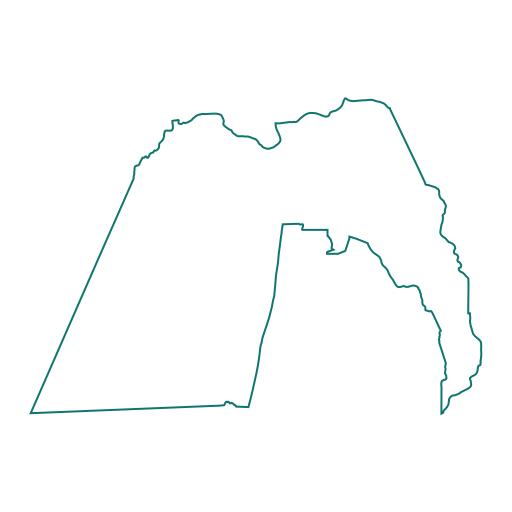 Santarém, Pará, Brazil
{"feature_id": "56859067B9705629805023", "entity_name": "Santarém", "entity_type": "district", "adm_level": 2, "iso_a3": "BRA", "parent_name": "Brazil", "parent_adm1": "Pará", "projection": "equal_earth", "projection_center": [-54.756, -2.669], "detail": "fine", "context": "isolated", "style": "outline", "palette": "teal", "viewbox_px": 512, "rotation_deg": 0, "n_neighbors": 0, "source": "geoboundaries", "source_scale": "gbopen_adm2", "svg_char_len": 6119}
<svg xmlns="http://www.w3.org/2000/svg" viewBox="0 0 512 512"><path d="M275.6,123.2L275.6,125.1L275.9,126.9L276.7,129.6L277.5,131.3L278.3,132.9L279.6,135.9L280.3,138.5L280.5,140.1L280.1,141.3L279.1,142.8L278.1,143.9L277.3,144.5L276.1,145.3L273.9,147.0L272.7,147.6L269.1,148.7L268.3,148.8L265.9,148.4L264.3,147.9L262.5,146.9L262.1,146.2L261.0,145.0L259.6,144.3L259.0,143.5L257.8,141.3L256.1,139.6L255.4,139.1L253.1,138.4L251.3,137.6L248.1,136.5L244.8,136.5L242.8,136.2L238.5,136.3L236.6,135.7L235.6,134.8L233.2,133.2L232.5,132.5L231.8,130.9L231.2,130.2L230.7,130.1L229.3,129.4L227.3,128.1L225.8,127.1L223.8,125.2L223.4,124.5L223.4,123.4L223.5,122.5L223.8,121.5L223.8,120.7L223.3,119.1L221.8,116.1L221.5,115.6L221.0,115.0L220.2,114.6L217.6,113.8L214.4,113.6L203.9,114.1L202.3,114.0L198.6,114.8L196.1,115.9L195.1,116.8L193.1,118.4L191.5,120.2L188.0,122.2L185.7,123.0L184.8,123.0L184.1,122.7L183.4,122.7L181.1,124.2L179.1,123.7L178.6,123.0L178.5,121.2L178.7,120.4L177.7,119.9L176.7,120.4L173.9,120.5L172.3,121.1L172.5,123.6L172.8,124.8L172.9,127.6L172.8,128.6L172.4,129.6L171.6,130.4L170.2,130.7L168.1,130.7L167.2,130.5L165.7,130.7L164.8,131.3L164.0,134.4L164.2,135.3L163.8,137.4L163.2,139.1L162.3,140.6L159.5,143.3L159.1,144.2L159.2,145.6L158.8,147.8L158.5,148.5L156.7,150.3L155.8,150.6L154.3,150.6L153.1,152.5L151.1,153.1L149.7,154.2L149.2,155.8L148.5,157.0L147.8,157.8L147.1,157.7L146.5,156.8L146.0,156.4L145.3,156.5L144.8,157.3L143.8,157.8L143.1,157.6L142.5,157.8L140.1,162.2L139.8,162.9L139.6,163.8L139.1,164.5L138.5,165.2L137.8,165.5L136.4,165.6L135.9,166.1L135.1,166.4L134.7,167.4L134.2,172.7L134.3,173.8L134.2,174.8L133.7,176.4L133.6,178.7L97.9,259.7L30.7,413.2L220.7,405.6L221.4,405.4L224.0,405.3L224.6,404.5L225.1,403.3L226.2,401.8L226.8,401.7L227.3,402.1L228.4,401.8L229.4,402.6L229.8,403.3L230.8,403.4L231.5,402.8L232.2,403.1L234.0,404.4L234.4,405.1L235.3,405.2L235.9,405.9L236.2,406.6L248.4,407.1L250.3,399.9L252.9,389.2L256.4,373.3L257.6,367.2L258.5,361.7L259.2,356.9L260.3,347.9L260.8,344.9L261.6,342.6L262.5,337.7L263.5,334.7L267.7,322.2L269.3,317.1L271.9,306.7L272.9,301.3L274.2,295.9L275.2,285.7L275.8,277.4L276.3,273.5L278.0,262.6L278.7,254.3L279.8,246.1L280.9,237.3L281.5,233.9L281.7,230.9L282.3,227.6L282.7,224.3L294.1,223.9L299.1,223.9L299.9,224.5L300.5,224.6L301.9,224.2L302.9,224.5L303.1,225.6L302.9,226.9L302.3,228.0L302.2,229.2L302.3,229.9L327.5,229.9L327.5,233.2L327.6,236.2L328.6,236.7L329.2,237.5L329.7,238.5L330.7,239.4L331.2,241.4L331.9,243.1L332.1,244.8L331.6,247.2L331.7,248.4L332.2,249.1L332.9,249.3L333.5,249.7L327.5,251.8L327.0,252.5L327.0,253.8L338.0,253.8L345.3,250.9L349.3,238.8L349.4,236.6L356.8,238.9L367.7,243.2L368.0,244.4L370.2,248.7L372.6,251.8L373.7,252.8L379.3,256.8L380.2,258.4L381.2,260.7L381.4,262.2L381.9,263.6L382.5,264.7L383.7,266.2L385.0,267.2L386.5,268.8L387.5,270.3L387.9,270.9L388.2,272.0L389.8,275.3L390.7,276.8L392.8,279.6L395.6,284.6L396.3,285.6L396.9,286.2L398.0,286.9L398.7,287.1L400.7,286.9L403.5,286.0L405.4,286.7L406.6,286.9L407.8,286.9L412.6,285.6L413.8,285.5L416.4,286.2L418.3,287.6L418.3,288.6L419.8,290.8L420.0,292.2L420.4,293.1L420.8,294.2L421.0,296.4L421.4,297.5L422.4,300.5L422.3,302.4L422.5,303.5L422.9,304.8L424.6,306.2L425.3,307.0L425.4,308.3L425.3,309.4L425.5,310.2L426.3,310.6L427.4,310.6L428.4,311.2L429.3,311.4L430.2,311.1L431.0,311.1L431.9,312.2L432.4,312.9L440.8,330.8L440.1,331.3L439.7,332.0L439.5,332.9L439.6,334.1L439.9,335.1L439.7,336.0L439.3,336.6L439.5,337.5L439.0,339.3L439.1,340.4L439.5,341.4L439.2,342.6L445.9,363.4L445.1,366.7L445.2,367.6L445.6,368.8L445.0,372.9L445.3,374.2L445.9,374.9L446.2,375.7L446.2,376.6L446.4,377.5L446.4,378.5L445.8,379.3L444.9,379.8L444.0,379.8L443.3,380.1L442.6,380.7L441.8,381.1L441.5,382.1L441.3,383.2L441.3,385.9L441.5,386.8L441.4,413.6L443.2,412.7L443.7,410.7L444.2,410.1L446.3,408.0L447.3,406.6L448.2,404.9L448.5,404.0L449.1,399.3L449.4,398.5L450.5,397.0L451.7,396.0L452.4,395.6L454.6,395.3L456.0,394.9L459.3,393.5L460.9,392.2L467.8,388.8L470.0,387.2L470.6,386.4L471.0,385.6L471.2,384.7L470.8,381.5L470.6,380.7L470.0,379.0L470.0,378.2L471.6,376.6L474.7,375.0L476.4,373.5L477.0,372.4L477.6,370.3L477.8,367.7L478.3,366.3L478.7,365.6L480.2,365.1L480.5,364.0L480.7,363.2L480.5,362.1L480.6,361.1L481.2,356.1L481.3,353.0L481.1,349.9L481.2,346.1L481.1,343.0L480.8,341.9L479.4,339.9L474.8,336.0L473.2,333.9L472.8,333.0L471.3,327.5L470.7,326.0L470.1,322.3L470.0,321.2L470.3,317.5L469.9,314.8L470.0,313.3L468.2,313.3L468.5,284.0L468.4,282.8L468.4,280.4L468.3,278.5L467.8,277.8L465.8,275.9L464.8,274.6L463.3,273.2L462.6,272.5L461.0,272.0L459.9,271.2L459.0,270.1L458.8,269.4L458.7,268.3L459.4,267.8L460.6,267.4L460.9,266.8L461.2,265.3L461.1,264.5L459.9,262.8L459.3,262.1L458.2,261.9L457.6,261.0L457.4,260.3L457.6,259.1L458.2,257.4L458.1,256.6L457.7,255.7L456.8,254.6L454.9,253.8L454.4,253.4L453.9,252.5L453.9,251.4L454.4,250.0L455.2,248.3L455.1,247.2L454.3,245.3L452.5,243.6L450.6,242.8L449.8,242.3L448.7,242.1L445.7,238.6L445.0,238.0L443.1,236.8L441.3,235.0L440.7,234.1L440.4,233.1L440.3,232.0L440.4,230.9L441.5,224.5L442.1,223.1L442.6,221.2L443.0,217.9L442.6,215.3L443.1,214.6L444.1,213.8L444.7,213.0L444.9,212.3L444.8,211.3L444.9,210.5L445.1,209.1L445.6,207.8L445.8,206.5L445.7,205.0L445.4,204.3L444.2,202.6L443.7,201.0L440.8,198.5L439.9,197.1L439.2,194.5L439.2,193.5L439.2,191.5L439.0,190.8L438.1,188.9L437.3,188.7L435.5,187.4L429.2,185.3L425.8,184.7L425.4,184.2L425.1,182.8L417.8,167.2L390.2,109.4L389.8,108.1L389.0,108.1L388.2,107.8L385.8,105.1L384.2,103.7L383.1,103.1L379.5,101.8L376.6,101.3L373.0,100.1L371.5,99.9L369.4,99.9L364.5,100.3L361.2,100.4L360.5,100.6L359.0,100.6L354.4,101.1L352.7,101.1L349.2,100.5L347.5,99.6L345.8,98.4L345.1,98.4L344.4,99.3L344.0,100.1L342.2,105.1L340.3,107.5L338.8,108.8L335.8,110.6L332.4,111.5L331.0,112.1L330.3,112.6L329.8,113.5L329.0,115.2L328.6,115.8L327.9,116.2L326.6,116.6L325.0,116.6L323.6,116.0L321.6,115.4L320.1,114.7L316.1,113.3L312.1,112.9L309.5,113.0L307.9,113.5L306.0,114.2L303.5,115.9L300.3,118.4L298.0,120.8L296.4,121.9L295.0,122.1L294.1,121.8L292.9,122.1L289.1,122.1L280.1,123.3L276.9,123.4L275.6,123.2Z" fill="none" stroke="#0f766e" stroke-width="2"/></svg>